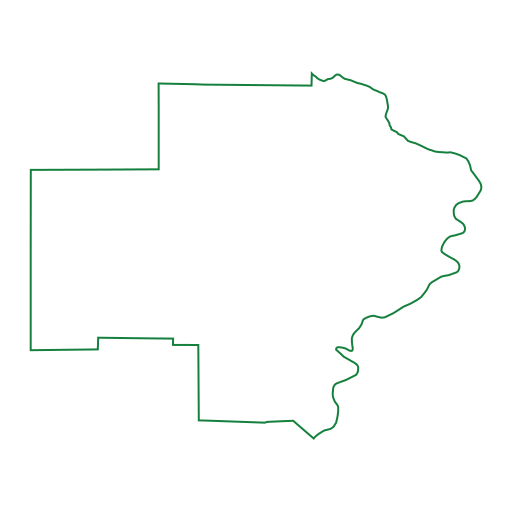 outline of Formosa, Formosa, Argentina
{"feature_id": "61730980B62878855706265", "entity_name": "Formosa", "entity_type": "district", "adm_level": 2, "iso_a3": "ARG", "parent_name": "Argentina", "parent_adm1": "Formosa", "projection": "mercator", "projection_center": [-58.059, -25.972], "detail": "fine", "context": "isolated", "style": "outline", "palette": "green", "viewbox_px": 512, "rotation_deg": 0, "n_neighbors": 0, "source": "geoboundaries", "source_scale": "gbopen_adm2", "svg_char_len": 3969}
<svg xmlns="http://www.w3.org/2000/svg" viewBox="0 0 512 512"><path d="M313.7,438.5L314.3,437.7L315.8,436.2L317.1,435.1L319.0,433.7L321.1,432.4L323.3,431.0L324.9,430.3L327.0,429.8L329.0,429.3L330.5,428.9L332.4,427.6L333.5,426.8L335.7,423.3L336.1,422.8L336.3,421.9L337.0,418.9L337.3,417.7L337.7,415.3L338.0,412.7L338.2,411.3L338.2,409.2L338.2,407.3L337.7,405.6L337.0,404.5L334.7,401.4L333.1,397.4L332.7,394.8L332.8,392.0L332.9,391.3L333.1,389.1L333.3,387.6L333.4,387.4L333.8,386.4L334.4,385.3L335.4,384.2L336.6,383.4L346.1,379.9L353.1,376.4L356.0,374.9L357.0,373.6L357.6,372.3L357.9,371.2L358.0,371.1L358.1,370.0L358.2,368.3L358.2,367.2L357.8,366.1L356.9,364.6L354.4,362.8L343.7,356.7L342.0,355.0L341.2,354.2L337.6,351.0L336.5,350.1L336.3,350.0L336.2,349.6L336.2,349.0L336.2,348.9L336.3,348.3L336.8,347.8L337.3,347.4L338.1,347.2L339.1,347.2L339.8,347.3L340.2,347.3L341.5,347.5L343.7,347.9L345.8,348.6L348.8,350.2L349.8,350.7L350.7,350.9L351.2,350.9L352.0,350.7L352.3,350.4L352.4,350.1L352.6,349.8L352.7,349.0L352.7,348.3L352.7,347.5L352.4,346.1L352.2,344.8L352.0,342.6L351.8,339.3L352.0,337.7L352.4,336.4L353.1,334.8L354.5,332.8L357.0,330.2L358.8,328.5L359.1,328.2L360.5,326.0L361.6,324.2L362.4,321.9L362.9,320.5L363.4,319.5L364.5,318.8L365.7,318.0L368.4,316.9L370.5,316.2L372.8,315.8L374.3,315.9L376.5,316.5L380.0,317.4L381.2,317.6L382.8,317.6L384.9,317.3L393.5,313.1L403.5,306.7L410.6,303.6L417.6,299.6L421.0,297.2L423.2,294.5L423.7,293.9L424.5,292.9L426.8,289.8L427.8,287.8L428.2,287.1L428.8,285.8L429.4,284.5L430.3,283.5L430.8,283.1L431.7,282.3L437.8,278.7L441.0,276.8L443.6,276.0L448.5,275.2L456.2,272.5L457.5,271.7L458.1,271.0L458.5,270.3L458.9,269.4L459.3,268.3L459.4,266.9L459.3,266.0L459.2,265.2L458.9,264.2L458.4,263.3L457.8,262.4L456.8,261.4L454.3,259.5L453.8,259.3L448.7,256.5L444.9,254.2L442.8,252.7L442.0,252.1L441.7,251.4L441.4,250.7L441.6,248.8L441.9,247.2L442.6,245.5L443.4,243.9L444.4,242.1L446.3,239.6L447.9,238.0L449.9,236.6L451.4,236.1L455.3,235.3L462.6,233.1L463.6,232.3L464.4,231.4L464.7,230.6L465.0,229.3L465.0,228.3L464.8,226.9L464.3,226.0L463.7,224.7L462.9,223.6L462.7,223.5L460.8,222.0L456.1,219.0L456.1,218.9L455.2,217.8L454.2,215.8L453.9,214.1L453.7,212.2L453.7,210.4L453.9,209.2L454.4,207.7L455.3,206.3L456.0,205.1L457.6,203.8L459.1,203.0L462.5,201.7L464.8,201.3L467.0,201.2L470.2,201.1L472.9,200.4L474.9,198.9L476.8,196.7L480.7,190.4L481.1,189.0L481.3,187.6L481.3,186.3L481.0,185.1L480.7,183.9L480.2,183.0L479.6,181.9L479.2,181.3L478.7,180.5L473.5,173.4L473.0,172.7L471.5,170.8L471.3,170.6L471.2,170.3L470.7,168.5L470.6,167.9L470.1,165.7L469.7,164.4L469.3,163.5L468.9,162.7L468.7,162.2L468.5,161.4L468.3,161.3L467.6,160.3L467.0,159.3L466.3,158.4L464.1,157.3L461.9,156.2L459.7,155.1L457.5,154.3L455.2,153.5L454.4,153.3L452.8,152.9L450.5,152.3L446.9,152.6L444.5,152.4L442.1,152.2L439.7,152.1L436.0,151.7L433.7,151.1L431.4,150.2L429.1,149.6L425.8,148.1L423.6,147.0L420.3,145.4L418.1,144.4L415.9,143.4L413.6,142.7L411.2,142.1L407.9,140.8L406.3,139.0L403.8,136.3L401.6,135.4L398.3,134.0L396.8,132.1L394.6,131.1L391.5,129.5L390.9,127.2L389.7,125.4L389.3,123.0L388.1,120.9L386.7,118.8L385.5,116.7L385.9,114.4L386.7,112.1L387.9,108.7L388.0,106.2L387.4,102.6L387.0,100.2L386.1,96.6L384.9,94.6L382.8,93.3L379.4,92.1L377.2,91.0L375.0,90.2L372.8,89.2L369.9,87.0L366.6,85.6L364.3,84.9L362.0,84.1L359.7,83.5L357.3,83.0L353.9,81.6L350.6,80.2L347.1,79.4L344.7,78.8L342.7,77.5L340.8,75.9L338.8,74.6L336.4,74.6L334.5,76.1L332.7,77.8L330.5,78.8L328.1,79.0L326.0,80.2L323.9,81.1L321.5,80.4L319.3,79.5L317.3,78.2L315.5,76.5L313.5,75.2L311.8,73.5L311.5,85.6L203.7,84.6L193.9,84.2L158.6,83.5L158.7,108.5L158.7,169.3L104.9,169.6L30.8,169.9L30.7,250.0L30.7,251.9L30.7,261.2L30.7,276.0L30.7,350.2L90.3,349.5L97.8,349.4L98.2,337.7L104.9,337.8L151.8,338.4L173.1,338.6L173.0,344.9L198.3,345.0L198.8,420.4L206.7,420.6L263.0,422.6L264.8,422.7L267.0,421.9L273.4,421.6L280.2,421.3L293.2,420.8L313.0,437.9L313.7,438.5Z" fill="none" stroke="#15803d" stroke-width="2"/></svg>